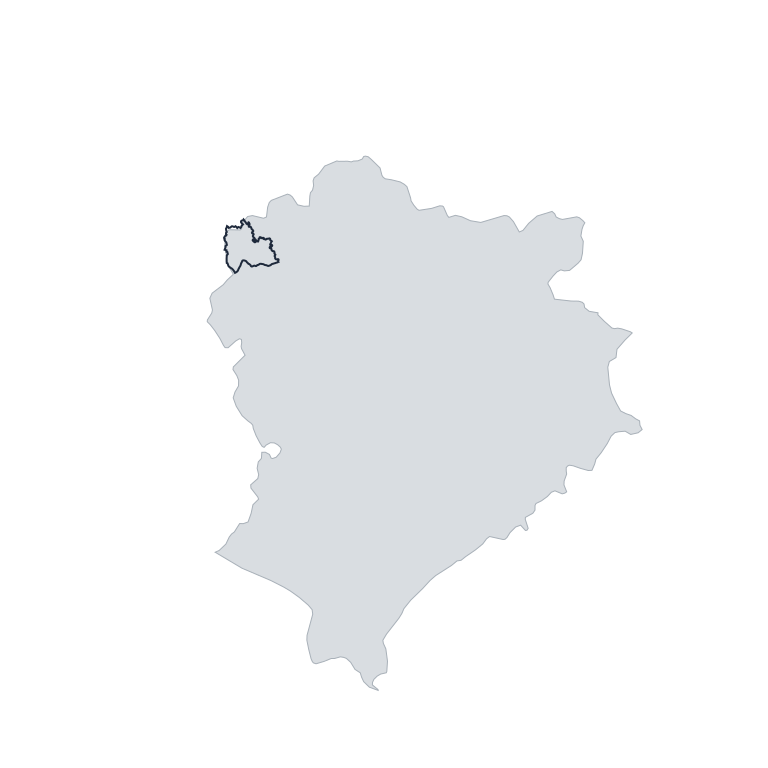 Verkhnyadzvinsk, Vitebsk, Belarus shown in context, rotated 312°
{"feature_id": "67162791B82603429459213", "entity_name": "Verkhnyadzvinsk", "entity_type": "district", "adm_level": 2, "iso_a3": "BLR", "parent_name": "Belarus", "parent_adm1": "Vitebsk", "projection": "mercator", "projection_center": [28.26, 55.859], "detail": "fine", "context": "in_parent", "style": "outline", "palette": "slate", "viewbox_px": 768, "rotation_deg": 312, "n_neighbors": 0, "source": "geoboundaries", "source_scale": "gbopen_adm2", "svg_char_len": 9288}
<svg xmlns="http://www.w3.org/2000/svg" viewBox="0 0 768 768"><g transform="rotate(312 384 384)"><path d="M588.0,534.3L577.9,533.7L565.7,533.9L558.9,538.7L551.5,536.4L546.2,539.1L534.2,552.2L529.5,559.2L525.0,570.0L522.3,577.9L523.8,583.5L526.0,588.7L526.5,594.2L527.6,598.6L524.6,601.8L522.9,606.3L517.8,605.5L511.6,601.1L510.3,594.8L505.6,590.4L502.4,588.1L497.2,587.7L489.0,589.8L478.1,591.4L470.0,591.8L465.5,594.1L459.0,596.3L456.4,593.7L452.8,586.5L449.8,579.3L447.7,576.1L445.9,575.3L443.7,575.4L441.2,577.7L439.3,580.0L432.4,582.8L429.4,585.3L426.1,591.9L423.9,591.4L421.6,589.9L419.0,582.5L415.5,580.8L409.7,580.7L402.6,579.2L396.9,576.9L394.8,577.5L391.3,580.6L387.6,581.1L379.5,578.3L377.9,579.6L373.2,587.7L371.0,588.1L369.8,587.1L370.5,580.0L365.8,577.5L357.8,577.1L352.2,578.1L349.5,577.8L348.1,576.5L341.3,564.5L337.6,563.8L331.2,564.4L321.6,562.9L310.5,560.2L304.5,559.2L301.3,556.6L294.5,555.6L276.3,550.6L268.8,549.7L257.9,549.6L241.2,548.5L230.4,549.1L225.5,550.8L219.8,551.8L199.9,553.2L192.8,554.6L190.8,557.1L188.4,562.6L180.3,572.1L172.3,578.4L170.9,578.9L166.2,575.6L162.4,574.4L157.8,574.1L154.6,575.1L152.6,576.7L152.9,584.0L152.4,584.7L148.9,576.0L149.2,568.1L151.1,563.6L153.5,559.6L152.5,553.5L154.9,545.4L154.9,539.6L153.9,537.0L152.0,534.1L146.9,530.9L144.6,528.4L137.6,525.0L130.6,520.7L129.5,518.1L129.8,516.4L131.0,513.7L136.3,505.8L142.0,498.1L145.7,495.0L165.2,485.1L168.2,481.6L169.0,475.7L168.7,463.8L167.5,452.9L166.0,445.4L162.2,431.3L152.1,401.8L146.0,371.1L150.0,372.9L159.3,373.6L166.7,371.4L170.5,371.1L173.9,371.8L183.7,370.1L186.1,372.9L190.5,375.3L199.0,371.8L206.6,367.4L214.5,367.9L215.6,365.8L217.6,354.8L219.9,352.4L229.3,353.5L232.8,351.5L236.5,346.1L242.0,342.7L246.7,342.7L251.5,338.9L253.9,341.5L255.0,346.0L253.4,349.7L254.1,351.1L257.5,352.9L263.2,352.8L266.9,351.3L267.7,349.2L267.7,345.5L266.8,341.9L264.4,338.9L259.8,337.3L256.7,337.3L256.1,335.3L257.2,331.2L260.0,323.6L263.5,316.6L265.6,314.0L265.9,311.6L265.5,307.4L265.5,299.8L268.6,289.1L272.8,281.2L278.4,278.6L285.2,277.2L289.6,273.4L291.8,269.0L293.7,262.1L295.9,260.6L312.4,261.5L314.9,254.6L316.3,252.7L319.5,250.6L321.7,248.2L320.9,246.3L316.7,245.0L306.7,243.9L304.7,241.6L305.3,238.9L308.0,231.7L310.5,222.4L311.8,215.2L312.0,211.0L313.4,209.9L321.5,208.5L324.2,207.0L331.2,197.2L336.5,195.5L350.2,198.1L356.5,197.9L364.5,198.6L365.1,197.6L368.0,187.8L381.5,172.1L388.8,166.6L393.4,165.4L395.0,165.7L402.2,174.0L403.9,174.4L408.8,170.9L417.2,170.6L421.1,173.5L426.6,183.6L429.5,184.9L437.6,179.2L442.1,177.3L445.1,177.4L460.5,185.2L461.6,187.8L461.7,190.7L459.3,199.9L462.5,205.6L466.2,209.4L474.1,203.1L477.0,201.3L480.2,201.2L484.4,198.9L487.5,195.4L490.5,194.1L496.1,195.0L506.3,194.1L518.2,199.7L519.2,201.4L525.2,207.9L527.2,211.1L529.2,212.1L532.4,215.3L536.6,217.3L539.5,216.7L540.9,217.7L542.3,220.2L542.4,224.4L541.9,236.5L537.7,242.8L537.1,245.0L537.3,247.6L540.7,252.8L545.0,260.8L546.0,265.5L546.0,269.0L540.1,279.2L538.2,281.6L536.8,286.6L536.1,291.7L536.5,293.8L546.4,301.9L553.7,306.2L555.4,308.4L555.5,309.7L551.6,318.3L551.2,320.7L557.1,324.2L560.3,329.9L563.2,339.0L568.8,347.8L589.5,360.5L591.3,362.8L592.0,365.5L591.3,371.5L587.5,382.8L591.1,384.5L600.2,384.0L611.3,385.4L624.7,393.4L624.7,397.0L623.3,400.2L624.2,403.6L625.7,406.5L637.2,415.4L638.3,418.0L638.5,422.3L638.2,425.4L635.0,426.1L631.5,427.6L625.7,431.3L623.4,436.6L614.0,444.0L608.2,447.3L603.6,447.4L592.6,445.9L588.7,442.3L587.1,439.0L582.9,437.5L577.3,437.4L569.5,437.9L568.0,438.9L566.7,443.0L563.4,450.0L561.1,453.9L570.9,467.6L575.8,473.2L577.4,476.7L577.3,479.1L575.0,482.0L575.3,487.8L580.1,495.4L578.5,496.6L578.0,506.0L578.1,515.9L579.4,518.3L581.9,520.3L584.1,523.9L587.7,532.2L588.0,534.3Z" fill="#d9dde1" stroke="#a8b0b8" stroke-width="1"/><path d="M404.1,223.7L404.3,223.2L404.6,223.0L404.9,222.9L405.2,222.8L405.6,222.7L405.9,222.4L406.0,222.2L405.9,221.7L405.7,221.5L405.2,221.3L404.9,221.1L404.7,220.7L404.4,220.3L404.4,219.9L404.4,219.5L404.5,219.1L404.7,218.9L404.8,218.8L405.2,218.5L405.5,218.1L405.6,217.8L405.7,217.4L405.9,217.1L406.2,216.9L406.5,216.9L407.1,216.9L407.4,216.8L407.5,216.4L407.5,216.1L407.5,215.8L407.6,215.5L407.8,215.1L408.1,215.0L408.3,214.8L408.5,214.6L408.8,214.2L409.0,213.8L409.0,213.5L408.9,213.1L408.6,212.8L408.3,212.5L408.2,212.2L408.2,211.8L408.2,211.4L408.2,211.2L408.3,210.9L408.5,210.6L408.8,210.3L408.9,210.1L409.1,209.9L409.2,209.6L409.3,209.2L409.2,209.0L408.9,208.8L408.7,208.6L408.6,208.4L408.6,208.2L408.7,207.9L408.9,207.8L409.1,207.6L409.3,207.5L409.5,207.5L409.8,207.5L410.1,207.7L410.2,207.9L410.3,208.2L410.4,208.4L410.6,208.4L410.9,208.5L411.2,208.5L411.5,208.5L411.8,208.4L412.1,208.3L412.3,208.0L412.3,207.7L412.1,207.5L411.8,207.4L411.6,207.1L411.3,206.9L411.2,206.7L411.4,206.2L411.8,206.0L412.1,205.8L412.7,205.7L413.4,205.6L413.7,205.4L414.2,205.2L414.6,205.1L414.9,205.1L415.0,205.1L415.0,204.7L414.9,204.4L414.8,204.1L414.8,203.5L414.8,203.3L415.0,203.0L415.2,202.9L415.5,202.6L415.6,202.4L415.7,202.1L415.7,201.8L415.6,201.5L415.4,201.4L415.2,201.2L414.9,201.0L414.6,200.8L414.3,200.6L414.1,200.3L413.8,200.1L413.6,199.9L413.4,199.7L413.0,199.7L412.8,199.7L412.3,199.5L412.1,199.4L412.0,199.2L411.9,199.0L411.9,198.8L411.9,198.5L411.9,198.4L411.6,198.1L411.4,197.9L411.3,197.6L411.4,197.4L411.6,197.4L411.8,197.3L411.9,197.2L412.0,197.1L412.0,196.9L411.9,196.6L411.8,196.4L411.7,196.3L411.5,196.1L411.3,196.0L411.2,196.0L410.7,195.9L410.6,195.6L410.6,195.4L410.6,195.1L410.6,194.8L410.6,194.6L410.6,194.4L410.4,194.1L410.3,193.9L410.2,193.6L409.9,193.5L409.7,193.7L409.6,194.0L409.2,194.2L408.9,194.1L408.7,193.9L408.4,193.7L408.2,193.7L407.9,193.8L407.6,194.1L407.3,194.3L407.1,194.4L406.8,194.4L406.5,194.6L406.4,194.8L406.1,194.9L405.9,195.0L405.7,195.1L405.5,194.9L405.5,194.6L405.5,194.4L405.4,194.2L405.2,194.1L404.8,194.0L404.6,193.7L404.7,193.3L404.9,193.1L405.2,192.7L405.3,192.3L405.0,192.2L404.7,192.2L404.5,192.5L404.2,192.8L404.1,193.1L403.9,193.3L403.7,193.4L403.4,193.4L403.2,193.4L402.9,193.2L402.8,192.8L402.7,192.2L402.7,191.9L402.7,191.3L402.8,190.7L402.8,190.4L403.1,190.1L403.4,190.0L403.7,190.0L403.7,190.3L403.7,190.7L403.9,190.9L404.3,191.0L404.6,191.0L405.0,191.0L405.5,190.7L405.7,190.3L405.8,189.8L405.8,188.9L405.8,188.6L405.9,188.2L406.0,187.8L406.2,187.5L406.5,187.4L406.8,187.3L407.3,187.2L407.7,187.0L408.1,186.9L408.2,186.6L408.2,186.3L408.2,186.0L408.0,185.8L407.9,185.6L407.8,185.3L407.9,184.9L408.0,184.7L408.4,184.6L408.6,184.5L408.9,184.5L409.1,184.4L409.3,184.3L409.6,184.4L409.7,184.5L409.8,184.6L410.0,184.6L410.3,184.4L410.5,183.7L410.6,183.3L410.7,183.0L410.6,182.4L410.6,181.9L410.7,181.6L411.0,181.2L411.4,180.6L411.5,180.2L411.6,179.6L411.5,179.2L411.4,179.1L411.1,179.0L410.8,178.9L410.5,178.5L410.5,178.2L410.8,177.9L411.0,177.7L411.2,177.4L411.4,177.2L411.6,177.0L411.8,177.0L412.1,177.2L412.5,177.3L412.8,177.2L413.1,176.8L413.2,176.5L413.3,176.2L413.5,175.9L413.6,175.6L413.6,175.4L413.5,175.1L413.3,175.1L413.2,175.1L412.9,175.3L412.8,175.5L412.7,175.7L412.5,175.8L412.2,175.9L411.9,175.9L411.5,175.8L411.2,175.5L411.2,175.0L411.1,174.6L411.3,174.0L411.4,173.6L411.6,173.0L411.7,172.5L411.7,172.0L411.9,171.5L412.0,171.2L412.3,169.5L411.3,169.7L410.1,168.9L409.2,168.9L408.5,169.6L408.2,171.3L408.3,172.4L407.2,172.4L405.9,172.4L405.1,172.9L403.9,172.9L403.7,171.8L403.2,170.7L401.7,170.6L401.9,169.5L401.9,168.1L400.6,167.7L400.2,167.1L399.9,166.0L399.2,165.3L397.4,165.1L396.1,164.1L396.5,163.0L396.3,161.7L394.9,162.4L393.6,162.7L392.6,163.9L391.7,165.4L391.0,165.3L389.7,166.2L389.6,167.1L388.8,167.4L388.1,166.9L386.7,167.0L385.5,167.4L385.2,168.6L384.4,168.9L383.9,170.3L383.7,172.1L382.2,174.2L380.3,173.9L379.6,174.7L377.1,175.7L378.0,177.5L376.9,178.4L377.3,179.2L376.1,181.0L374.4,181.1L372.0,183.0L369.7,185.1L368.7,186.2L369.0,187.0L368.2,188.4L367.5,189.8L367.7,192.4L368.0,193.9L367.9,195.4L367.5,197.2L366.9,198.9L367.9,199.3L368.5,199.4L369.2,199.6L369.7,199.6L370.1,199.6L370.7,199.5L370.9,199.4L371.2,199.3L371.7,199.1L372.3,198.9L373.0,198.8L373.4,198.6L373.9,198.5L374.4,198.4L375.6,198.2L376.2,198.0L377.2,197.5L377.6,197.3L378.2,197.1L378.5,197.0L379.2,196.8L379.7,196.7L380.1,196.6L380.4,196.4L380.7,196.3L381.1,196.3L381.3,196.4L381.7,196.7L382.0,197.0L382.3,197.5L382.5,197.8L382.6,198.1L382.8,198.5L382.9,198.9L383.0,199.2L383.0,199.6L383.0,199.9L382.9,200.1L382.8,200.3L382.7,200.7L382.7,201.1L382.8,201.4L382.8,201.8L382.7,202.1L382.6,202.4L382.7,203.0L382.8,203.4L383.0,203.7L383.0,204.0L383.0,204.3L383.0,204.5L383.0,204.9L383.0,205.2L382.9,205.5L382.7,206.1L382.6,206.3L382.7,206.9L383.0,207.2L383.3,207.5L383.7,207.7L384.3,207.9L384.6,208.1L384.9,208.2L385.2,208.5L385.5,208.9L385.6,209.3L385.7,209.6L385.9,209.9L386.4,210.2L386.7,210.2L387.1,210.2L387.5,210.3L387.8,210.4L388.1,210.7L388.7,211.0L389.5,211.2L389.8,211.2L390.1,211.3L390.6,211.7L390.9,212.0L391.2,212.4L391.3,212.7L391.6,213.1L391.8,213.4L392.2,214.0L392.4,214.5L392.6,215.4L392.7,215.8L392.9,216.1L393.2,216.6L393.4,216.9L393.7,217.3L393.8,217.9L393.9,218.3L394.1,218.7L394.4,219.1L394.9,219.4L395.6,219.8L396.2,220.1L396.9,220.3L397.4,220.3L398.0,220.4L398.4,220.6L398.9,220.9L399.4,221.3L400.2,221.7L400.9,222.2L401.7,222.6L402.6,223.1L403.1,223.5L403.4,223.6L403.6,223.6L404.0,223.6L404.1,223.7Z" fill="none" stroke="#1e293b" stroke-width="2"/></g></svg>